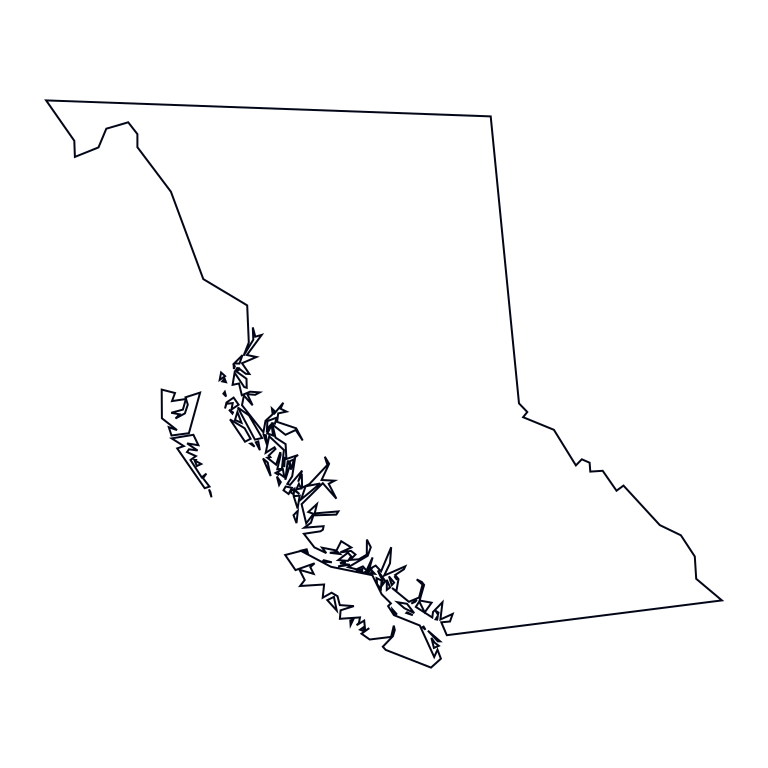 outline of British Columbia
{"feature_id": "CAN-633", "entity_name": "British Columbia", "entity_type": "Province", "adm_level": 1, "iso_a3": "CAN", "parent_name": "Canada", "parent_adm1": "", "projection": "albers", "projection_center": [-126.982, 54.153], "detail": "fine", "context": "isolated", "style": "outline", "palette": "ink", "viewbox_px": 768, "rotation_deg": 0, "n_neighbors": 0, "source": "natural_earth", "source_scale": "10m", "svg_char_len": 6184}
<svg xmlns="http://www.w3.org/2000/svg" viewBox="0 0 768 768"><path d="M721.9,600.4L446.8,635.2L441.3,622.3L450.0,621.5L452.7,613.9L440.4,619.5L442.5,602.2L433.0,612.0L432.3,617.5L415.8,606.9L419.3,601.5L424.7,612.4L431.6,602.7L419.6,600.5L424.1,584.9L421.8,582.0L416.7,579.4L422.5,584.6L419.1,597.5L408.9,601.8L392.0,588.0L396.4,591.0L398.5,579.1L395.1,575.0L403.9,569.3L405.3,566.3L384.1,575.6L390.0,563.4L391.2,547.2L381.1,571.3L375.7,565.6L369.2,569.1L372.6,557.4L366.5,570.6L362.9,566.4L356.4,569.3L348.3,567.2L367.7,555.8L370.8,547.2L366.9,539.6L366.8,554.6L358.8,559.3L350.2,559.9L355.5,554.5L351.0,550.9L340.3,552.4L351.3,547.5L341.2,541.2L336.5,550.5L322.1,547.7L326.3,553.1L314.4,547.4L303.9,533.8L320.5,531.3L322.9,529.7L323.6,526.2L304.3,527.7L310.9,522.8L313.4,515.4L336.3,514.6L338.4,511.4L314.7,513.4L316.9,504.1L308.3,512.0L313.5,513.8L306.2,523.3L301.6,504.2L322.8,483.2L336.4,498.7L328.7,483.8L334.6,480.7L321.6,480.0L329.1,463.8L324.8,456.7L327.4,464.9L309.4,484.1L302.1,487.7L301.8,473.9L298.1,481.7L302.1,470.6L290.0,484.9L287.3,483.9L292.2,476.3L295.2,457.0L298.1,455.0L286.4,459.0L285.6,444.1L275.5,437.6L272.4,424.5L285.5,434.8L295.7,430.0L302.7,440.5L296.2,428.3L277.1,421.9L278.2,413.4L286.5,411.6L280.5,408.7L283.3,402.7L273.8,414.3L274.6,411.1L271.9,408.5L272.7,414.2L265.5,420.8L263.4,432.3L242.0,405.2L243.9,395.5L252.6,405.3L247.3,394.2L255.2,394.8L259.7,392.4L250.1,391.7L241.8,395.2L239.0,383.5L232.6,384.8L234.6,372.7L244.2,387.0L246.7,387.8L246.5,378.8L236.2,371.3L240.0,369.3L245.8,373.8L249.4,374.0L242.0,363.2L256.5,357.0L246.9,355.0L261.7,334.9L255.3,336.7L252.8,327.4L253.3,339.7L243.6,355.7L248.8,342.5L247.2,305.4L203.3,279.1L170.9,191.7L137.4,147.2L137.4,134.1L128.2,122.3L106.3,128.7L98.5,147.4L74.9,156.9L74.3,140.8L46.1,100.4L490.7,116.4L519.0,403.4L527.3,412.0L523.1,417.2L553.9,429.8L575.9,465.4L581.8,459.3L589.6,462.7L590.3,471.6L602.7,470.8L616.5,490.7L623.5,485.6L659.8,525.1L680.9,535.3L694.8,556.5L696.2,578.8L721.9,600.4ZM440.9,658.7L431.0,667.6L385.7,649.9L382.8,646.7L392.9,636.2L394.8,630.0L393.8,625.6L391.1,636.9L369.7,639.5L361.5,633.7L369.3,628.1L365.2,630.9L364.2,620.6L356.6,625.2L358.9,623.0L360.0,617.4L339.9,618.8L340.6,610.3L353.9,606.1L339.8,605.1L337.5,596.2L331.6,592.7L322.7,597.7L324.1,584.5L300.1,586.0L304.7,580.0L299.5,569.8L313.7,573.9L310.3,567.1L314.6,563.3L295.5,570.1L285.2,555.0L301.0,550.9L331.0,566.8L372.3,575.2L381.7,594.3L390.9,603.4L388.1,606.1L393.9,615.1L419.8,625.5L434.2,657.0L437.5,649.7L440.9,658.7ZM171.5,435.5L168.8,427.2L177.0,430.1L161.9,418.3L161.7,389.6L175.0,393.0L172.0,401.1L185.9,399.0L182.9,409.6L171.2,412.8L179.5,414.3L175.5,418.5L184.9,413.4L187.8,404.6L185.5,397.3L200.1,392.6L188.9,433.2L171.5,435.5ZM209.5,486.6L204.7,488.2L177.2,448.4L183.8,446.1L171.7,438.4L193.4,434.8L198.4,445.2L187.1,443.4L197.6,450.5L189.0,449.3L187.0,452.1L195.9,456.1L190.5,460.0L201.7,477.4L206.4,473.6L203.0,478.2L209.5,486.6ZM276.1,464.7L267.3,457.7L270.3,457.1L268.8,455.5L275.5,449.0L274.5,447.3L265.7,452.8L269.2,436.3L283.9,450.0L281.9,468.9L277.3,469.2L280.7,454.7L280.3,452.2L276.1,464.7ZM237.8,407.5L249.0,415.4L262.1,438.0L254.9,439.6L237.8,407.5ZM250.6,438.8L245.0,441.7L230.0,419.4L244.6,428.2L250.6,438.8ZM305.6,486.3L320.2,483.5L301.1,499.4L305.6,486.3ZM333.9,596.9L336.7,610.5L327.3,600.1L333.9,596.9ZM232.7,403.1L226.4,403.8L225.0,408.5L226.5,402.5L233.6,397.6L238.6,404.7L231.5,409.5L232.7,403.1ZM297.6,508.5L293.7,496.2L299.7,495.6L297.6,508.5ZM267.7,462.5L270.7,476.1L263.0,458.5L267.7,462.5ZM297.8,510.8L296.5,523.1L293.5,515.2L297.8,510.8ZM289.8,465.6L285.3,479.8L287.8,460.5L289.8,465.6ZM266.8,432.4L267.4,421.1L276.7,417.6L274.9,423.7L272.3,423.2L269.0,426.7L266.8,432.4ZM338.3,560.1L347.9,552.7L351.2,556.3L348.0,560.9L338.3,560.1ZM397.4,602.2L407.0,603.8L414.2,613.1L404.4,608.2L397.4,602.2ZM235.0,420.0L237.4,412.0L241.5,422.8L235.0,420.0ZM282.8,469.0L284.4,477.2L278.8,473.3L278.2,474.7L275.5,473.0L282.8,469.0ZM267.2,445.5L263.7,434.8L265.9,435.3L267.2,445.5ZM380.2,575.8L377.8,570.5L385.3,581.1L382.5,584.9L382.6,579.9L380.2,575.8ZM239.4,363.6L234.2,363.4L242.5,355.1L239.4,363.6ZM271.7,425.1L273.0,435.5L267.3,433.4L271.7,425.1ZM380.9,588.9L377.1,584.2L376.6,578.1L381.6,580.6L380.9,588.9ZM221.1,372.5L225.1,376.1L219.7,379.9L221.1,372.5ZM276.9,476.5L280.8,482.1L279.1,485.0L276.9,476.5ZM291.9,487.8L288.6,494.0L283.5,490.3L285.7,486.5L291.9,487.8ZM258.3,441.4L259.9,450.2L255.8,442.3L258.3,441.4ZM438.8,645.8L433.9,647.9L431.4,637.9L434.7,642.7L438.8,645.8ZM194.4,460.0L195.7,460.0L195.2,460.7L201.2,464.0L196.9,466.0L194.4,460.0ZM296.4,489.3L298.9,483.8L301.1,488.5L296.4,489.3ZM353.3,619.5L350.6,625.1L350.3,620.4L353.3,619.5ZM391.8,585.1L389.0,576.4L394.1,582.6L391.8,585.1ZM293.7,494.4L290.1,491.9L294.3,488.8L293.7,494.4ZM209.0,489.4L210.4,491.9L211.5,497.3L209.0,489.4ZM386.8,589.9L386.8,579.8L390.1,587.4L386.8,589.9ZM345.7,564.2L349.9,564.8L338.1,566.5L345.7,564.2ZM290.9,469.6L289.7,461.3L294.0,459.3L290.9,469.6ZM296.2,491.1L299.4,494.0L294.9,490.8L296.2,491.1ZM339.9,554.0L329.8,552.8L337.5,551.8L339.9,554.0ZM372.2,571.0L374.8,573.8L370.3,573.4L371.6,572.3L372.2,571.0ZM394.8,576.8L394.7,576.2L397.1,579.9L394.8,576.8ZM233.9,369.0L233.6,364.4L234.8,366.3L233.9,369.0ZM437.8,641.3L427.9,630.7L440.1,641.3L437.8,641.3ZM284.3,467.1L283.7,461.8L284.8,456.9L284.3,467.1ZM370.1,570.4L367.5,573.3L363.1,572.7L370.1,570.4ZM360.1,629.7L363.6,627.2L363.6,631.1L360.1,629.7ZM323.8,560.2L331.9,562.3L322.5,561.6L323.8,560.2ZM362.4,569.0L361.9,572.1L357.7,570.8L362.4,569.0ZM415.2,601.8L411.3,603.6L416.8,599.9L415.2,601.8ZM438.0,614.6L435.5,610.7L438.5,612.6L438.0,614.6ZM224.8,391.8L226.1,396.5L223.4,393.7L224.8,391.8ZM407.1,612.3L412.8,615.2L406.4,613.0L407.1,612.3ZM302.4,550.3L306.7,549.3L307.6,552.3L302.4,550.3ZM232.4,413.6L229.0,409.7L233.0,412.4L232.4,413.6ZM237.2,368.0L239.9,368.4L236.2,369.7L237.2,368.0ZM251.8,443.4L254.6,446.7L250.4,443.7L251.8,443.4ZM222.3,381.4L224.6,378.7L226.0,382.2L222.3,381.4ZM423.6,626.6L425.5,629.7L422.5,627.2L423.6,626.6ZM342.6,562.1L345.8,562.5L340.0,563.3L342.6,562.1ZM392.4,609.3L397.0,614.5L392.8,612.0L392.4,609.3ZM437.8,615.8L437.2,619.6L435.6,619.3L437.8,615.8Z" fill="none" stroke="#020617" stroke-width="2"/></svg>